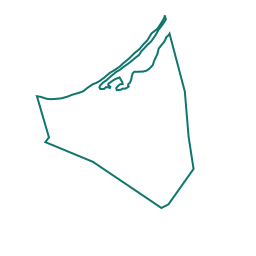 outline of Rummana, Shamal Sina', Egypt, rotated 335°
{"feature_id": "37247803B2824633862511", "entity_name": "Rummana", "entity_type": "district", "adm_level": 2, "iso_a3": "EGY", "parent_name": "Egypt", "parent_adm1": "Shamal Sina'", "projection": "albers", "projection_center": [32.731, 30.963], "detail": "fine", "context": "isolated", "style": "outline", "palette": "teal", "viewbox_px": 256, "rotation_deg": 335, "n_neighbors": 0, "source": "geoboundaries", "source_scale": "gbopen_adm2", "svg_char_len": 1415}
<svg xmlns="http://www.w3.org/2000/svg" viewBox="0 0 256 256"><g transform="rotate(335 128 128)"><path d="M205.5,60.1L204.2,61.0L201.0,61.9L199.2,63.7L196.3,65.7L193.5,66.9L189.4,69.0L185.7,73.6L182.3,76.2L179.8,78.5L177.0,81.5L172.8,83.1L169.2,83.9L165.4,83.2L163.2,82.2L160.0,80.9L157.4,79.7L155.3,80.5L153.1,82.9L152.2,84.5L149.0,87.8L146.9,88.3L146.0,89.6L146.1,90.8L143.8,91.1L141.9,91.1L140.0,90.1L138.0,90.3L135.6,89.6L133.9,88.9L134.2,86.8L136.7,85.7L139.5,85.1L141.7,85.9L142.2,84.1L141.9,81.4L141.7,78.6L139.7,78.5L137.3,78.3L133.7,78.7L131.7,79.1L129.0,79.6L128.2,80.6L128.8,82.1L129.4,83.2L128.4,84.1L127.7,83.2L125.4,81.6L122.9,82.5L119.4,81.0L119.2,79.2L120.8,77.7L124.8,76.2L128.4,75.7L131.9,74.6L135.0,73.7L141.0,72.2L145.5,71.8L149.5,70.8L155.6,69.7L159.5,68.8L164.2,67.5L169.0,66.4L172.5,64.1L175.7,62.9L180.7,60.9L185.8,59.2L192.7,55.2L197.1,51.9L203.3,48.7L208.2,45.6L208.9,41.4L207.8,43.2L204.1,45.8L200.4,48.2L196.6,50.5L189.3,52.2L182.6,56.7L177.5,58.6L171.6,61.4L166.1,62.7L159.3,65.1L154.5,66.5L151.0,67.3L146.7,68.8L140.3,69.8L134.6,70.4L131.7,71.2L128.1,72.2L121.8,73.5L117.8,73.7L114.7,73.4L108.1,74.5L102.9,75.8L97.9,75.3L91.6,74.3L86.5,74.0L80.2,73.0L74.9,71.1L70.7,69.5L66.8,67.3L62.2,63.0L58.9,60.7L56.2,78.2L52.4,103.1L47.1,105.9L82.3,144.3L82.3,144.5L124.5,214.6L132.4,214.3L170.1,192.8L179.3,161.3L194.9,119.0L205.5,60.1Z" fill="none" stroke="#0f766e" stroke-width="2"/></g></svg>